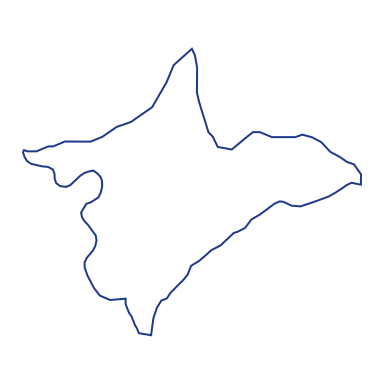 Cholwon, Kangwŏn-do, North Korea (Albers equal-area conic projection)
{"feature_id": "82179303B128003605723", "entity_name": "Cholwon", "entity_type": "district", "adm_level": 2, "iso_a3": "PRK", "parent_name": "North Korea", "parent_adm1": "Kangwŏn-do", "projection": "albers", "projection_center": [126.987, 38.318], "detail": "fine", "context": "isolated", "style": "outline", "palette": "blue", "viewbox_px": 384, "rotation_deg": 0, "n_neighbors": 0, "source": "geoboundaries", "source_scale": "gbopen_adm2", "svg_char_len": 1636}
<svg xmlns="http://www.w3.org/2000/svg" viewBox="0 0 384 384"><path d="M24.0,150.1L23.0,152.3L24.6,157.1L27.0,161.0L31.0,163.8L42.3,166.4L48.1,166.9L52.9,169.5L54.5,173.8L54.7,178.9L56.3,183.3L60.3,186.1L65.9,186.9L70.3,185.1L80.3,175.7L84.2,173.1L88.4,171.6L93.2,170.5L97.2,173.3L100.4,176.7L102.0,181.0L102.2,186.4L100.8,192.5L98.4,197.4L90.8,202.3L86.3,203.8L81.1,212.5L82.1,217.3L84.6,221.3L87.7,224.5L95.7,235.4L96.5,240.4L95.3,246.0L92.9,250.6L86.9,257.7L84.5,262.6L84.7,267.7L87.6,275.8L94.2,288.4L99.9,295.6L110.1,300.0L125.6,298.7L125.6,304.1L129.0,312.8L131.5,316.3L134.9,325.0L137.2,328.9L138.9,333.2L151.1,335.2L153.4,318.2L155.1,313.1L157.0,307.5L159.3,303.9L161.4,300.5L162.6,300.1L166.8,298.4L168.7,295.6L168.9,295.2L170.8,292.5L178.6,284.6L183.4,279.9L186.3,276.3L187.6,274.7L188.1,273.5L191.1,265.8L199.3,260.8L205.1,255.8L211.4,250.1L220.6,245.4L233.7,233.0L237.3,231.9L245.0,228.0L251.4,219.5L256.5,216.5L259.8,214.6L274.7,203.5L276.5,202.8L279.8,201.4L283.2,201.8L285.7,202.9L291.6,205.7L295.8,206.0L300.4,206.4L311.9,202.6L312.6,202.4L328.7,196.5L336.2,192.2L347.2,184.8L351.5,182.8L357.5,184.0L360.9,184.7L361.0,174.3L354.0,164.4L346.9,161.9L339.9,157.0L330.5,152.0L321.2,142.1L311.8,137.2L302.4,134.7L295.3,137.1L283.6,137.1L271.8,137.1L260.1,132.2L253.0,132.1L243.6,139.6L231.8,149.5L217.7,146.9L213.0,137.0L208.4,132.1L203.8,117.2L199.2,102.3L196.9,92.4L197.0,82.5L197.1,67.6L194.9,55.2L191.9,48.8L173.7,65.1L166.5,82.4L152.2,107.1L130.9,122.0L116.7,126.9L102.5,136.7L90.7,141.6L79.0,141.6L64.9,141.5L53.1,146.4L48.4,146.4L36.6,151.3L27.2,151.3L24.0,150.1Z" fill="none" stroke="#1e3a8a" stroke-width="2"/></svg>